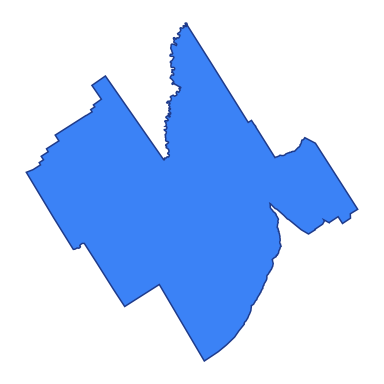 outline of Pilar, Buenos Aires, Argentina
{"feature_id": "61730980B18176537921134", "entity_name": "Pilar", "entity_type": "district", "adm_level": 2, "iso_a3": "ARG", "parent_name": "Argentina", "parent_adm1": "Buenos Aires", "projection": "albers", "projection_center": [-58.875, -34.443], "detail": "fine", "context": "isolated", "style": "filled", "palette": "blue", "viewbox_px": 384, "rotation_deg": 0, "n_neighbors": 0, "source": "geoboundaries", "source_scale": "gbopen_adm2", "svg_char_len": 5941}
<svg xmlns="http://www.w3.org/2000/svg" viewBox="0 0 384 384"><path d="M308.5,234.0L315.2,229.8L314.9,229.3L322.6,224.2L324.4,221.0L323.7,219.8L329.3,222.8L329.6,222.3L338.1,216.7L342.5,223.5L350.5,218.2L350.3,213.8L357.7,209.3L315.4,143.2L304.3,137.4L304.7,138.0L304.7,138.3L304.2,138.6L303.9,139.1L303.0,139.9L302.1,140.0L301.9,140.1L301.4,141.8L301.5,142.1L300.8,144.0L300.1,144.7L300.1,144.9L300.3,145.1L300.1,145.7L298.8,147.3L298.3,147.4L294.7,151.1L294.2,151.4L293.0,151.3L292.1,151.7L291.6,151.7L291.2,152.2L290.8,152.3L289.7,152.3L289.2,152.8L288.2,152.9L285.7,154.0L284.9,154.9L283.6,155.5L282.0,155.6L280.0,155.2L279.0,156.0L276.9,156.9L275.6,157.1L275.0,157.6L255.6,126.7L255.8,126.4L253.9,124.1L251.5,120.4L248.2,122.4L211.0,62.9L187.7,26.0L187.5,25.9L187.0,23.8L186.8,23.3L186.2,23.0L185.3,23.1L185.1,23.4L185.5,24.6L186.4,25.7L186.5,26.4L186.3,26.6L186.0,26.6L184.7,25.8L183.6,25.7L183.2,25.9L183.2,26.3L183.9,26.8L184.0,27.2L183.8,27.6L182.5,28.2L180.8,27.8L180.5,27.8L180.2,28.1L180.1,28.7L180.8,29.9L180.7,30.5L179.8,32.1L178.2,33.1L177.6,33.7L178.0,34.5L178.3,34.8L179.7,34.9L179.9,35.2L179.9,35.8L179.4,36.7L179.1,37.6L178.3,38.0L177.1,37.7L176.1,39.1L175.8,39.2L175.2,38.3L174.5,37.7L173.9,37.7L173.6,37.8L173.5,38.1L173.4,38.5L174.3,40.4L173.8,41.8L173.8,42.1L174.3,42.6L176.1,43.5L176.6,44.0L176.7,44.6L176.4,45.5L175.9,45.4L174.5,44.5L172.4,44.1L171.6,44.2L171.2,44.7L171.0,47.1L170.7,48.0L171.0,49.0L171.8,50.5L171.9,51.4L172.7,53.3L172.6,53.7L172.2,54.1L170.6,54.3L170.0,55.2L170.0,55.7L170.1,56.0L170.6,56.2L173.2,56.5L173.7,56.9L173.9,57.5L173.8,57.9L173.1,58.9L172.1,60.5L170.8,61.3L170.3,62.0L170.5,62.7L171.3,62.9L171.5,63.1L170.9,65.0L171.0,66.7L171.3,67.3L173.7,67.4L174.1,67.6L174.7,68.3L174.7,68.8L174.4,69.7L174.0,69.9L172.5,69.6L172.2,69.6L171.9,69.8L172.0,70.3L172.5,70.6L172.5,71.1L172.5,71.4L171.8,71.9L171.8,72.4L172.9,72.8L173.6,73.5L173.7,73.8L173.7,74.8L173.3,75.2L172.0,74.9L171.4,75.3L170.4,77.1L170.2,77.9L170.3,78.2L171.7,79.1L172.3,79.9L173.7,81.5L173.7,81.8L172.3,83.1L172.0,83.6L172.2,84.2L172.7,84.4L174.2,83.4L174.5,83.5L175.0,84.5L176.3,84.9L177.8,85.9L180.3,87.0L180.7,87.4L180.8,87.7L180.4,88.2L180.1,88.2L179.5,88.0L179.2,88.1L179.0,88.5L179.0,88.8L179.9,89.5L180.1,90.1L179.3,91.3L179.1,92.0L178.4,92.3L177.5,91.5L177.0,91.4L176.7,91.6L176.2,92.5L176.2,92.8L176.2,93.1L176.9,94.4L176.8,94.9L176.6,95.2L174.6,96.2L174.1,96.0L173.5,95.3L173.1,95.2L170.6,96.5L170.3,97.0L171.1,98.0L171.4,98.8L171.1,99.9L170.7,100.8L170.5,101.0L167.8,101.3L167.2,101.9L166.7,102.7L167.0,103.0L167.5,103.1L169.5,102.8L169.9,103.3L169.9,103.9L168.9,104.7L168.8,105.0L168.8,105.4L169.5,106.1L169.8,106.6L169.8,107.0L169.0,107.9L169.0,108.5L170.2,108.6L170.4,108.7L170.4,109.2L170.2,109.5L169.1,110.0L168.8,110.4L168.9,110.8L169.4,111.7L170.4,112.5L170.7,112.9L170.7,113.7L170.5,114.1L169.9,114.3L169.0,113.5L168.5,113.5L168.2,113.9L168.3,114.3L169.8,115.9L170.1,116.6L169.8,116.9L169.3,117.0L169.1,116.9L168.7,115.9L168.1,115.7L167.6,115.8L166.1,116.8L165.9,117.3L166.2,117.8L167.5,118.8L168.1,120.0L168.1,120.4L167.8,120.7L167.4,120.8L165.9,120.6L165.1,120.8L164.9,121.1L164.8,121.3L164.9,121.7L165.8,122.3L166.0,122.7L165.9,123.7L166.4,124.8L166.1,125.7L165.2,126.4L166.1,126.5L166.7,126.9L166.9,127.8L166.4,129.0L166.1,129.3L164.3,129.6L164.4,130.2L165.9,131.3L166.3,131.6L166.4,131.9L166.1,133.8L165.3,134.4L165.1,134.9L165.6,135.9L165.3,137.1L165.8,137.9L165.8,138.6L165.6,140.1L165.8,140.7L166.3,141.3L167.7,141.5L168.4,142.1L168.5,142.5L168.1,143.1L165.8,144.8L165.7,145.6L166.5,146.0L166.6,146.4L166.2,147.1L166.2,147.7L167.6,148.5L168.4,149.3L168.9,150.4L169.0,151.8L167.9,152.9L167.7,153.5L168.0,154.0L169.3,154.9L169.3,155.7L168.6,156.9L168.3,157.0L167.3,156.8L166.7,157.2L166.1,158.0L165.9,158.1L164.8,158.0L164.5,158.1L164.3,158.5L164.6,159.4L164.4,159.8L163.7,159.8L105.4,76.0L91.9,85.4L101.4,99.2L93.4,104.9L94.8,106.9L90.7,109.6L92.1,111.9L86.3,115.5L86.0,115.5L55.2,135.1L58.9,140.9L46.5,148.8L48.2,151.8L41.2,156.3L43.5,159.8L39.2,162.6L40.5,164.9L32.9,169.7L26.3,172.3L53.9,218.2L73.3,249.4L74.9,249.2L77.1,248.0L78.7,248.2L79.5,247.9L80.4,246.9L80.3,246.4L79.8,245.8L79.8,245.5L80.5,244.6L82.2,243.4L84.3,243.4L96.6,262.6L113.8,289.9L124.7,306.5L159.3,284.5L204.3,361.0L218.4,351.6L226.5,344.9L234.6,337.1L239.0,330.7L244.2,324.3L244.3,324.0L244.1,323.8L244.1,323.4L244.5,322.5L244.8,322.0L246.2,320.7L246.8,319.4L247.6,318.5L247.7,317.9L248.2,317.0L248.8,315.3L249.5,314.1L250.7,311.1L251.0,310.0L251.0,309.2L251.4,306.5L251.3,306.0L251.3,305.6L252.5,305.0L253.7,304.1L254.2,303.0L254.7,302.4L255.4,300.9L256.8,299.6L257.2,298.1L258.6,295.7L259.7,294.2L259.8,293.8L259.7,293.6L260.8,292.4L260.8,291.9L261.2,291.2L261.2,290.9L261.7,290.2L261.6,289.9L262.4,288.8L262.8,288.6L262.7,287.6L263.0,287.1L263.0,286.2L263.8,285.5L263.9,285.1L263.9,284.4L264.3,283.7L264.4,283.3L265.2,282.2L266.3,280.2L266.8,278.9L266.8,277.9L266.9,277.7L266.8,276.4L267.1,275.3L268.4,274.0L269.4,272.0L269.7,272.0L269.9,271.4L270.4,270.8L270.6,270.1L271.2,269.7L271.9,268.2L272.1,267.2L272.6,266.7L273.2,263.5L272.6,261.2L272.5,260.1L272.2,259.6L272.3,259.4L274.0,257.9L275.1,257.3L275.5,256.9L276.2,256.6L276.2,256.0L276.5,255.2L277.1,255.3L277.6,254.7L277.9,253.8L278.5,253.1L278.7,251.8L279.0,250.5L279.6,249.5L280.1,248.2L280.1,247.6L280.4,247.0L281.1,246.4L281.1,246.1L280.5,245.1L280.6,244.2L280.1,243.9L279.8,243.1L279.7,241.7L280.2,240.7L280.1,238.6L279.8,237.2L280.0,236.1L279.7,235.7L279.4,233.6L279.0,232.8L279.0,231.7L278.4,231.3L278.6,230.4L278.1,229.5L278.2,229.2L277.9,228.1L277.4,227.9L277.2,227.5L277.2,226.8L277.4,226.2L277.5,224.6L278.2,222.4L277.8,221.7L278.0,221.2L277.9,220.5L278.4,219.6L278.4,219.1L277.1,216.6L276.2,215.3L276.1,214.2L275.4,213.6L274.9,212.7L273.2,211.6L272.6,210.4L271.1,208.9L270.3,207.6L270.2,204.2L270.0,203.5L270.4,203.7L275.1,208.5L276.9,209.2L283.8,215.3L287.3,218.9L289.1,219.8L301.3,229.8L308.5,234.0Z" fill="#3b82f6" stroke="#1e3a8a" stroke-width="1.5"/></svg>